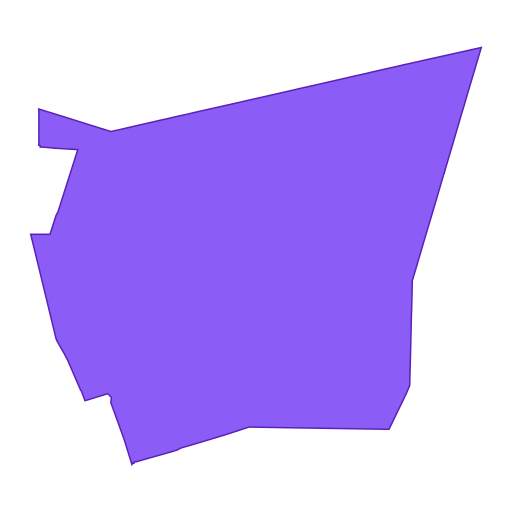 Trancoso, Zacatecas, Mexico
{"feature_id": "50627088B44241590316005", "entity_name": "Trancoso", "entity_type": "district", "adm_level": 2, "iso_a3": "MEX", "parent_name": "Mexico", "parent_adm1": "Zacatecas", "projection": "albers", "projection_center": [-102.327, 22.755], "detail": "fine", "context": "isolated", "style": "filled", "palette": "violet", "viewbox_px": 512, "rotation_deg": 0, "n_neighbors": 0, "source": "geoboundaries", "source_scale": "gbopen_adm2", "svg_char_len": 1540}
<svg xmlns="http://www.w3.org/2000/svg" viewBox="0 0 512 512"><path d="M131.9,464.5L132.7,463.3L132.8,463.5L133.8,463.4L134.1,463.0L134.0,462.8L134.8,461.6L136.0,461.8L137.2,461.5L149.7,457.9L171.3,451.8L177.1,450.1L180.7,448.1L199.0,442.7L201.1,442.1L208.4,439.9L223.5,435.3L230.2,433.2L249.2,427.0L256.8,427.2L298.6,427.9L389.0,429.3L406.4,393.4L409.7,385.5L410.5,355.1L411.3,320.6L411.4,315.8L411.6,310.9L411.9,299.1L412.3,280.8L427.5,229.3L429.9,221.3L432.1,214.0L433.6,208.9L444.0,173.5L444.2,173.4L445.3,169.3L449.2,156.0L451.9,146.9L461.5,114.2L464.2,105.2L466.3,97.9L475.0,68.7L481.3,47.5L434.0,58.0L406.4,64.2L404.0,64.7L399.5,65.8L389.8,68.0L388.7,68.2L384.8,69.1L384.1,69.3L382.6,69.6L377.9,70.7L372.0,72.0L370.1,72.5L366.7,73.3L359.2,75.0L356.3,75.6L339.5,79.5L329.0,81.9L297.9,88.9L297.8,89.0L224.8,105.6L201.7,110.8L184.3,114.8L180.1,115.7L170.6,117.9L165.5,119.1L160.8,120.1L149.6,122.7L149.0,122.8L148.6,122.9L148.1,123.0L147.6,123.2L147.1,123.3L146.3,123.4L146.0,123.5L143.8,124.0L130.3,127.1L119.1,129.7L111.0,131.5L107.4,130.4L95.8,126.8L65.6,117.3L45.8,111.2L44.0,110.6L42.2,110.0L40.4,109.5L38.7,109.0L38.9,111.9L38.9,123.6L38.8,129.9L38.9,134.8L38.9,139.8L38.8,145.3L40.2,145.6L40.2,147.0L48.9,147.6L55.1,148.3L56.0,148.3L77.8,149.6L68.8,177.8L58.1,211.5L56.1,215.3L50.0,234.3L30.7,234.3L39.4,269.9L39.9,272.0L56.0,338.5L57.1,341.2L64.3,353.8L67.7,360.3L80.6,390.1L81.3,390.9L85.0,400.7L89.0,399.5L107.7,393.7L111.3,397.2L110.9,402.8L124.1,439.3L131.9,464.5Z" fill="#8b5cf6" stroke="#5b21b6" stroke-width="1.5"/></svg>